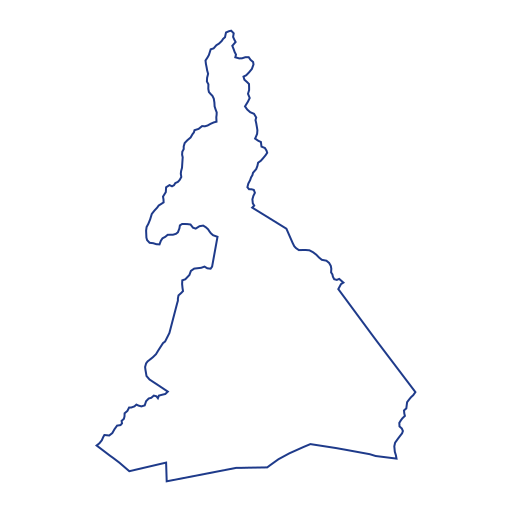 the district of Vitorino Freire, Maranhão, Brazil
{"feature_id": "56859067B11407876745319", "entity_name": "Vitorino Freire", "entity_type": "district", "adm_level": 2, "iso_a3": "BRA", "parent_name": "Brazil", "parent_adm1": "Maranhão", "projection": "orthographic", "projection_center": [-45.344, -4.155], "detail": "fine", "context": "isolated", "style": "outline", "palette": "blue", "viewbox_px": 512, "rotation_deg": 0, "n_neighbors": 0, "source": "geoboundaries", "source_scale": "gbopen_adm2", "svg_char_len": 3733}
<svg xmlns="http://www.w3.org/2000/svg" viewBox="0 0 512 512"><path d="M163.0,343.1L158.1,350.7L156.0,354.2L152.8,357.3L147.6,361.4L146.1,363.4L145.1,367.0L145.4,369.5L146.5,376.0L149.5,379.5L167.8,391.6L165.3,394.0L162.3,394.7L158.9,395.6L157.9,398.2L156.4,396.3L153.8,395.6L151.3,397.8L148.7,398.5L146.1,401.2L144.7,405.4L141.4,406.4L138.5,405.6L136.4,404.6L134.4,406.4L131.3,407.5L129.1,407.5L127.4,410.9L124.6,413.3L124.5,416.4L123.9,418.8L121.6,420.9L122.0,423.4L120.5,425.1L117.1,425.6L114.5,429.2L112.3,433.1L109.2,435.5L104.4,435.0L103.2,437.1L101.8,440.3L99.4,443.3L96.6,445.5L110.0,455.7L113.1,457.9L119.3,462.6L129.3,471.2L166.1,462.6L166.7,481.3L236.0,467.9L239.7,467.9L248.0,467.7L267.2,467.4L270.0,465.3L278.5,459.2L289.4,453.3L303.7,446.9L310.4,444.1L336.3,448.1L342.4,449.2L344.7,449.6L369.8,454.2L375.6,456.0L396.5,458.6L395.9,455.3L394.8,451.7L394.3,446.3L395.1,442.7L398.1,438.5L400.0,436.0L402.1,433.3L402.9,431.0L401.8,428.5L399.5,426.4L399.3,422.9L400.9,420.3L402.4,418.3L404.9,415.9L404.3,413.5L404.0,410.4L406.3,408.4L406.6,406.1L407.1,402.2L409.2,399.4L411.1,397.1L413.2,395.2L415.4,392.1L376.6,340.9L371.6,334.2L338.3,289.1L341.0,284.1L343.4,282.6L339.2,278.9L336.8,279.9L334.2,279.2L332.9,276.7L332.4,274.4L331.1,272.4L331.3,268.7L330.8,265.9L329.1,262.9L326.4,260.7L321.8,259.8L319.0,257.5L316.3,254.7L313.0,252.2L309.4,250.3L305.7,250.0L303.1,250.0L298.9,250.1L296.0,248.1L294.3,246.3L292.6,242.9L286.4,228.7L252.2,207.6L254.2,205.6L252.8,203.3L252.4,199.3L253.4,195.8L254.9,192.8L253.8,189.9L251.6,189.3L249.0,189.2L247.4,187.2L248.3,183.6L250.1,180.2L251.1,177.3L252.4,175.2L253.0,172.8L256.2,169.1L257.4,165.9L258.1,162.7L260.8,160.8L263.1,158.2L265.5,155.3L267.2,152.8L266.5,150.6L264.9,148.0L261.5,146.6L260.9,142.0L258.3,140.8L255.1,138.6L256.2,136.1L257.1,133.9L257.4,130.3L257.0,127.7L256.2,123.1L255.5,120.1L256.2,117.5L254.0,113.8L250.2,112.2L247.2,109.5L245.0,106.4L247.9,101.7L249.7,98.0L248.0,93.8L249.1,90.1L249.1,87.6L249.0,84.0L247.2,82.2L244.4,79.7L243.5,76.6L246.2,75.3L249.1,72.3L251.9,68.9L253.5,64.4L253.1,62.0L250.6,59.9L248.7,57.2L245.4,57.2L242.0,58.3L239.2,58.4L235.3,57.3L236.0,54.6L234.6,51.9L233.7,49.3L232.3,45.8L235.6,42.0L234.3,39.6L233.1,36.9L233.7,33.3L231.2,30.7L229.0,31.2L226.0,32.5L225.0,37.2L223.1,38.9L221.7,41.0L219.0,43.6L216.4,45.2L213.6,48.4L210.7,49.3L208.9,55.0L207.5,57.5L205.5,60.5L205.9,63.8L206.6,67.3L207.2,70.6L208.1,73.8L207.1,77.8L206.9,81.5L208.4,84.3L208.3,88.9L208.9,92.0L210.7,94.1L212.4,95.8L213.8,98.7L214.4,102.6L214.6,106.4L215.6,109.5L216.7,112.4L216.6,114.9L216.3,117.2L216.5,121.7L213.8,122.4L210.6,123.8L207.6,125.5L204.9,126.3L202.1,126.1L198.6,128.9L194.5,130.2L193.9,132.4L192.5,134.2L190.6,137.5L187.4,140.2L184.7,143.0L183.7,146.4L183.7,149.1L182.3,151.7L182.1,154.7L182.7,157.3L182.4,161.6L182.0,167.8L181.1,171.1L180.8,173.7L181.3,177.0L179.7,179.9L177.9,181.9L175.3,183.1L174.0,185.2L172.0,186.3L169.5,185.1L166.1,187.3L165.8,192.1L163.0,196.6L163.5,199.5L163.6,202.4L160.8,204.2L158.7,205.5L157.2,207.6L154.5,210.5L151.8,213.9L150.1,219.5L148.3,223.9L146.6,227.0L146.1,230.6L146.4,237.6L147.1,240.1L149.6,242.8L153.2,243.2L156.3,244.2L159.5,244.4L160.9,240.7L162.5,238.3L165.3,236.8L167.7,234.8L173.1,234.7L176.0,233.8L177.9,232.3L179.4,228.4L179.9,225.4L182.1,224.0L184.8,224.0L187.4,224.1L190.5,224.5L193.0,227.7L195.7,228.6L199.5,226.2L203.2,225.6L205.9,227.3L208.1,229.3L209.4,231.3L210.8,233.2L213.0,235.2L217.5,236.8L212.1,266.6L210.6,268.7L207.3,268.3L204.5,266.6L201.2,267.8L194.2,268.6L190.9,270.9L189.4,275.0L185.3,279.3L182.3,280.3L182.1,284.0L182.5,287.9L183.0,291.1L181.4,292.8L178.5,295.4L177.9,298.5L177.9,300.7L177.2,303.1L169.4,333.0L165.1,341.5L163.0,343.1Z" fill="none" stroke="#1e3a8a" stroke-width="2"/></svg>